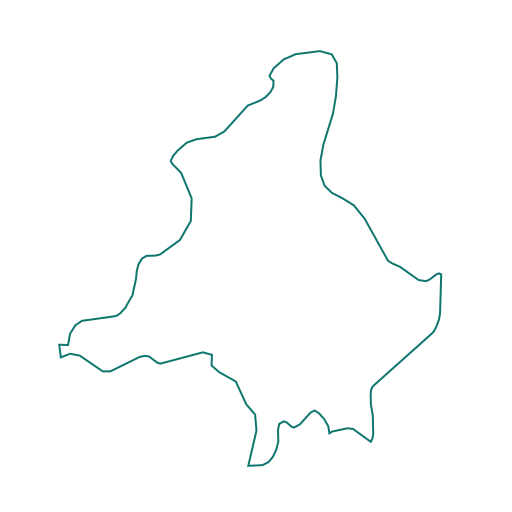 an SVG outline of Verbano-Cusio-Ossola, rotated 5°
{"feature_id": "ITA-5437", "entity_name": "Verbano-Cusio-Ossola", "entity_type": "Province", "adm_level": 1, "iso_a3": "ITA", "parent_name": "Italy", "parent_adm1": "", "projection": "mercator", "projection_center": [8.313, 46.111], "detail": "fine", "context": "isolated", "style": "outline", "palette": "teal", "viewbox_px": 512, "rotation_deg": 5, "n_neighbors": 0, "source": "natural_earth", "source_scale": "10m", "svg_char_len": 1616}
<svg xmlns="http://www.w3.org/2000/svg" viewBox="0 0 512 512"><g transform="rotate(5 256 256)"><path d="M67.7,361.5L76.5,361.1L77.6,349.5L82.2,340.6L88.4,335.7L118.6,328.8L122.7,327.5L125.7,325.0L131.0,318.1L131.3,316.7L135.5,307.6L136.3,306.4L138.5,288.9L138.5,282.0L139.5,275.0L142.5,268.7L146.8,265.4L155.6,264.4L160.2,262.9L178.8,246.7L188.0,226.8L186.9,204.2L174.3,179.9L164.3,171.2L162.8,168.8L164.6,163.6L168.9,157.6L177.2,149.1L186.4,144.9L204.9,140.7L213.7,134.6L234.6,106.9L246.7,100.7L251.6,97.0L255.8,91.9L258.4,86.3L258.2,80.0L255.4,77.9L253.7,75.3L257.3,67.4L266.4,57.8L277.9,51.5L296.0,47.6L301.7,46.3L313.9,48.5L319.7,57.0L321.5,70.9L321.7,89.6L320.3,107.3L313.4,139.3L311.9,155.1L313.6,170.1L318.2,180.0L326.1,186.5L337.2,191.0L349.0,197.0L361.0,209.4L387.9,249.2L392.1,251.4L400.3,254.2L420.1,265.8L427.6,266.2L430.7,264.5L437.3,258.6L439.9,257.4L442.1,258.2L444.3,296.0L444.2,299.5L443.7,303.7L441.7,311.1L440.2,314.7L438.6,317.2L384.2,375.1L383.1,376.9L382.3,379.5L382.3,384.2L383.4,393.7L386.3,405.1L388.3,423.2L388.0,427.1L387.3,429.2L386.5,431.1L367.7,419.8L362.0,419.7L347.2,424.2L344.6,426.2L342.8,419.2L338.1,412.5L332.6,407.3L327.9,404.8L324.0,407.2L314.4,419.9L308.7,423.6L306.3,423.0L301.0,419.1L298.1,418.3L293.8,421.2L293.1,427.1L294.4,439.3L293.0,447.3L290.4,454.5L286.4,460.2L280.7,463.8L266.6,465.7L271.7,429.8L268.9,414.0L259.3,404.7L246.8,382.8L229.4,374.9L221.3,369.0L220.7,358.3L211.4,356.6L170.3,371.5L166.9,370.9L158.2,365.4L154.3,365.1L149.0,366.6L121.0,383.6L113.4,384.3L89.1,370.6L79.3,369.6L70.4,374.0L67.7,361.5Z" fill="none" stroke="#0f766e" stroke-width="2"/></g></svg>